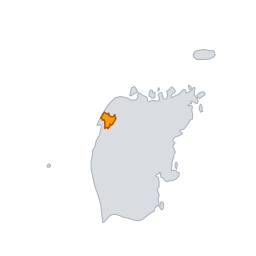 Gyeongju-si, North Gyeongsang, South Korea (highlighted), rotated 196°
{"feature_id": "91817680B5353031397212", "entity_name": "Gyeongju-si", "entity_type": "district", "adm_level": 2, "iso_a3": "KOR", "parent_name": "South Korea", "parent_adm1": "North Gyeongsang", "projection": "equal_earth", "projection_center": [129.238, 35.854], "detail": "fine", "context": "in_parent", "style": "filled", "palette": "amber", "viewbox_px": 256, "rotation_deg": 196, "n_neighbors": 0, "source": "geoboundaries", "source_scale": "gbopen_adm2", "svg_char_len": 4463}
<svg xmlns="http://www.w3.org/2000/svg" viewBox="0 0 256 256"><g transform="rotate(196 128 128)"><path d="M79.1,60.0L79.9,59.3L80.0,58.4L80.0,55.2L82.4,53.0L85.8,48.5L87.5,46.0L89.4,43.7L91.6,42.1L93.7,41.4L97.1,41.1L103.5,41.4L104.8,41.1L109.2,40.9L110.3,41.3L113.5,41.6L117.1,41.3L118.9,40.6L120.6,39.5L122.1,37.4L123.6,33.6L125.3,30.7L126.2,30.1L132.7,46.0L139.0,56.2L144.4,63.7L152.0,78.1L154.3,85.8L154.5,90.6L155.8,97.2L154.7,101.0L155.0,106.9L154.5,110.0L153.6,112.3L153.6,116.6L153.9,118.9L153.9,122.0L154.5,123.2L155.4,123.7L156.8,122.5L158.5,122.1L158.2,125.8L156.2,135.2L154.4,142.1L151.9,148.0L148.7,153.5L145.0,155.7L142.3,156.4L137.3,156.7L133.1,155.8L129.5,156.5L128.0,157.6L126.9,159.6L127.7,162.6L127.6,164.8L126.1,164.7L123.0,163.4L119.6,163.2L118.0,162.5L116.4,159.3L114.8,159.4L112.0,161.3L107.6,161.8L106.1,162.8L105.5,164.1L106.2,165.8L108.3,168.0L107.6,170.3L105.3,171.4L103.5,168.6L102.3,165.9L101.1,165.8L99.1,166.6L98.6,169.5L99.5,171.5L101.1,173.8L98.9,176.4L98.3,178.3L96.8,179.7L92.6,176.6L93.2,174.5L95.1,172.4L95.3,170.3L94.7,169.0L88.7,174.4L85.0,180.6L83.1,180.1L82.3,178.5L81.1,177.9L77.1,181.8L76.4,185.0L74.9,185.1L74.3,183.8L74.3,180.9L73.6,178.5L69.5,175.1L67.7,172.0L68.7,170.3L72.1,171.2L74.9,171.1L74.3,169.7L73.5,169.0L75.3,168.2L76.8,166.5L75.6,166.1L73.6,167.0L72.1,166.5L71.5,162.6L69.6,158.5L68.6,154.5L70.6,152.2L71.6,148.7L73.4,143.6L74.3,141.9L76.8,140.7L77.7,139.4L76.3,138.7L74.2,138.1L74.3,136.7L75.7,135.8L77.4,134.2L80.6,132.2L81.6,128.5L80.7,127.6L78.7,126.7L79.2,124.8L80.0,123.4L79.7,122.5L77.4,120.1L75.9,117.9L76.4,115.4L76.1,111.6L76.3,108.4L76.2,106.7L75.1,102.8L74.7,98.9L73.2,99.5L72.0,100.4L67.7,99.1L66.3,99.0L65.8,96.1L67.4,92.6L71.1,89.4L73.2,89.0L74.8,87.7L77.3,87.2L80.2,89.3L82.8,89.8L84.3,93.4L85.2,94.2L85.4,92.9L87.5,91.3L88.0,90.1L87.6,89.4L85.1,88.8L83.0,84.2L82.7,82.3L81.9,81.0L83.1,77.4L80.6,73.2L79.4,71.9L79.6,68.2L78.3,65.9L77.6,64.6L77.2,62.3L77.6,61.3L78.7,60.9L79.1,60.0ZM68.8,225.1L67.6,225.9L66.4,225.4L66.1,225.0L64.7,222.9L64.4,221.8L65.3,219.8L69.2,216.4L79.1,213.1L80.9,213.0L84.8,214.4L85.6,217.0L84.9,219.2L84.0,220.8L79.4,223.3L75.9,224.5L68.8,225.1ZM135.8,167.5L133.2,169.7L129.7,166.7L128.8,165.0L131.5,162.6L133.8,159.8L135.2,159.6L135.8,167.5ZM117.2,167.2L116.9,170.7L115.0,170.9L113.8,168.6L112.6,169.7L111.9,169.8L111.0,166.9L110.8,164.7L113.1,163.0L114.5,164.0L116.5,164.5L117.2,167.2ZM66.7,183.1L65.0,183.6L64.0,182.4L63.3,182.0L63.7,180.4L66.6,177.1L67.2,176.0L69.8,176.7L70.8,178.4L69.6,181.0L66.7,183.1ZM76.0,61.6L75.8,66.3L74.3,66.1L73.3,65.6L72.9,64.7L71.9,60.3L73.1,58.5L75.3,60.0L76.0,61.6ZM65.2,169.9L64.8,170.8L63.6,170.5L62.4,168.0L61.9,166.0L60.7,164.9L62.7,163.2L65.1,166.3L65.2,169.9ZM72.7,106.1L72.3,108.5L70.5,106.9L70.0,101.8L71.9,103.3L72.7,106.1ZM194.8,70.8L193.6,71.9L192.1,70.8L191.9,69.7L192.7,68.7L194.4,68.1L195.3,69.0L194.8,70.8ZM81.0,184.0L81.5,185.8L79.2,185.4L78.1,183.8L78.2,182.3L79.6,182.1L81.0,184.0ZM109.9,174.1L109.5,175.3L108.2,173.6L109.5,171.7L109.9,174.1Z" fill="#d9dde1" stroke="#a8b0b8" stroke-width="1"/><path d="M147.0,122.0L146.7,122.4L146.6,122.8L146.7,123.2L146.7,123.6L146.0,123.8L146.0,124.2L146.0,124.8L146.3,125.7L146.4,125.9L146.5,126.5L146.3,126.9L145.8,126.7L145.6,126.3L144.9,126.1L144.2,126.8L144.0,127.3L143.7,127.7L143.6,128.3L143.7,128.9L143.6,129.1L143.3,129.7L143.2,129.8L143.0,131.0L142.7,132.0L142.5,132.4L142.2,133.0L142.2,133.4L142.5,133.8L142.6,134.3L142.9,134.7L143.1,135.0L143.3,135.4L143.5,135.6L144.0,136.1L144.1,136.5L144.3,137.0L144.8,136.7L144.8,136.2L144.8,135.7L145.1,135.0L145.4,134.8L145.7,134.6L146.3,134.5L146.8,134.3L147.4,134.4L147.8,134.4L148.1,134.3L148.5,134.3L149.0,134.6L149.6,134.8L150.3,135.1L150.4,135.5L150.1,135.7L150.0,136.0L150.3,136.6L150.5,136.7L151.0,136.7L151.3,136.4L151.7,136.0L152.4,135.7L152.9,135.8L153.4,136.0L153.8,136.2L155.0,136.7L155.1,136.3L155.6,135.5L155.8,135.0L155.8,134.6L156.0,134.2L156.2,133.8L156.2,133.4L156.2,133.1L156.3,132.6L156.3,132.2L156.3,131.6L156.5,131.3L156.7,131.0L156.8,130.8L156.8,129.9L156.0,129.6L155.2,129.4L154.9,129.0L154.9,128.7L154.6,128.4L154.3,128.5L154.1,128.9L153.9,129.2L153.6,129.2L153.2,129.0L152.8,129.0L152.7,128.7L152.5,128.2L152.2,127.9L151.8,127.1L151.8,126.7L151.7,126.3L151.5,125.8L151.3,125.3L151.1,124.5L150.5,123.1L150.6,122.7L150.6,122.3L150.6,121.7L150.3,121.4L149.6,121.5L149.5,122.2L149.0,122.5L148.3,122.6L147.7,122.7L147.4,122.1L147.0,122.0Z" fill="#f59e0b" stroke="#b45309" stroke-width="1.5"/></g></svg>